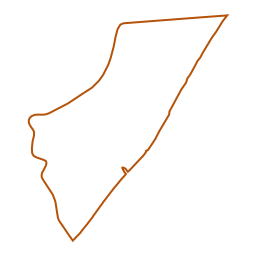 Zinjibar, Abyan, Yemen (Natural Earth projection)
{"feature_id": "15242507B56433335269136", "entity_name": "Zinjibar", "entity_type": "district", "adm_level": 2, "iso_a3": "YEM", "parent_name": "Yemen", "parent_adm1": "Abyan", "projection": "natural_earth1", "projection_center": [45.421, 13.143], "detail": "fine", "context": "isolated", "style": "outline", "palette": "amber", "viewbox_px": 256, "rotation_deg": 0, "n_neighbors": 0, "source": "geoboundaries", "source_scale": "gbopen_adm2", "svg_char_len": 1619}
<svg xmlns="http://www.w3.org/2000/svg" viewBox="0 0 256 256"><path d="M227.2,15.4L216.6,16.2L213.6,16.4L211.0,16.6L207.0,16.9L204.2,17.1L162.2,20.3L123.4,23.3L120.3,24.7L117.6,29.2L115.6,36.6L113.7,46.6L110.5,58.5L108.2,64.9L103.1,74.9L98.8,80.9L91.8,87.8L82.0,94.1L68.0,103.4L48.9,113.3L45.8,114.3L43.5,114.7L38.9,114.6L34.8,114.8L31.5,116.2L29.8,117.9L28.8,120.0L28.8,122.4L29.6,124.6L30.9,126.8L32.9,129.6L34.1,132.0L34.0,135.6L32.6,141.3L31.9,148.7L32.2,153.3L33.7,155.9L36.7,157.5L42.0,159.3L44.4,160.2L46.0,161.2L46.4,162.5L46.3,164.1L45.6,166.2L43.9,169.5L42.0,172.9L41.8,174.3L41.6,175.6L41.8,177.5L43.3,180.1L52.8,194.7L55.3,201.3L56.3,207.5L57.9,217.6L59.0,220.6L59.2,220.9L63.0,226.4L66.5,231.6L67.0,232.3L69.4,235.8L72.8,240.6L79.9,233.3L81.0,231.9L82.0,230.5L88.1,223.0L88.3,222.5L89.0,221.8L89.3,221.4L93.3,216.1L93.4,215.5L94.2,214.7L96.5,211.5L96.7,211.2L99.8,206.9L101.0,205.2L101.5,204.7L104.2,200.7L104.6,200.4L105.5,199.2L110.1,193.1L114.8,187.1L115.8,186.1L116.1,185.5L117.5,184.0L120.1,180.7L120.5,180.4L121.3,179.2L121.9,178.7L123.5,176.9L126.0,174.0L124.2,171.8L122.5,168.5L122.3,167.7L122.6,167.5L123.6,167.7L124.6,168.1L126.0,169.3L126.6,170.2L127.8,171.7L129.0,170.8L130.3,169.5L138.7,160.5L143.1,155.9L145.7,152.5L146.0,151.5L145.9,151.0L146.3,150.7L147.0,150.6L147.4,150.2L147.8,150.2L148.3,149.5L150.7,146.0L155.5,138.7L156.4,136.8L159.6,130.7L169.2,114.5L169.4,111.6L181.3,89.5L186.0,82.7L187.5,78.2L190.0,74.9L192.3,70.8L194.9,66.0L197.5,60.9L200.3,57.5L202.0,54.1L206.0,47.4L210.7,39.6L212.8,36.3L215.8,32.3L222.6,21.3L227.2,15.4Z" fill="none" stroke="#b45309" stroke-width="2"/></svg>